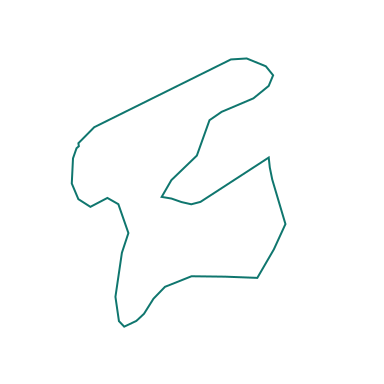 outline of Medway, rotated 327°
{"feature_id": "GBR-2678", "entity_name": "Medway", "entity_type": "Unitary Authority", "adm_level": 1, "iso_a3": "GBR", "parent_name": "United Kingdom", "parent_adm1": "", "projection": "equal_earth", "projection_center": [0.566, 51.402], "detail": "fine", "context": "isolated", "style": "outline", "palette": "teal", "viewbox_px": 384, "rotation_deg": 327, "n_neighbors": 0, "source": "natural_earth", "source_scale": "10m", "svg_char_len": 668}
<svg xmlns="http://www.w3.org/2000/svg" viewBox="0 0 384 384"><g transform="rotate(327 192 192)"><path d="M123.3,89.2L145.3,84.4L296.8,102.0L310.6,109.8L322.4,126.8L323.6,138.3L314.1,144.8L294.5,146.9L260.5,140.9L245.8,141.3L215.9,164.1L181.2,170.8L163.9,179.6L171.2,186.3L177.7,194.7L184.7,201.9L193.7,204.9L275.1,204.9L270.6,213.8L266.1,225.2L252.9,269.8L229.4,284.7L200.0,299.6L173.6,281.0L145.7,262.4L117.7,256.8L101.6,260.5L85.4,268.0L75.1,269.8L61.8,268.0L60.4,260.5L70.7,238.2L100.1,204.8L116.3,191.8L123.6,162.1L117.8,150.9L98.7,149.1L92.8,136.1L95.8,119.4L110.5,99.0L119.0,92.4L122.0,92.0L123.3,89.2Z" fill="none" stroke="#0f766e" stroke-width="2"/></g></svg>